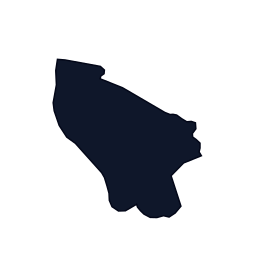 map outline of Gulu (Natural Earth projection), rotated 325°
{"feature_id": "UGA-3098", "entity_name": "Gulu", "entity_type": "County", "adm_level": 1, "iso_a3": "UGA", "parent_name": "Uganda", "parent_adm1": "", "projection": "natural_earth1", "projection_center": [32.435, 2.878], "detail": "fine", "context": "isolated", "style": "filled", "palette": "ink", "viewbox_px": 256, "rotation_deg": 325, "n_neighbors": 0, "source": "natural_earth", "source_scale": "10m", "svg_char_len": 762}
<svg xmlns="http://www.w3.org/2000/svg" viewBox="0 0 256 256"><g transform="rotate(325 128 128)"><path d="M141.9,67.0L139.5,69.8L135.5,69.8L133.4,71.7L146.6,91.9L167.1,136.4L170.2,141.1L172.7,142.6L175.3,145.3L177.3,151.2L179.7,156.6L183.6,158.9L186.2,162.4L183.1,167.6L177.6,169.4L175.8,172.4L177.2,176.5L178.3,181.7L175.5,185.7L172.5,188.4L172.2,192.8L153.5,188.5L135.9,191.8L126.5,222.4L117.9,224.7L110.6,224.5L106.8,220.2L100.3,217.9L94.9,213.9L91.7,207.7L90.8,203.0L90.4,198.3L91.3,195.4L78.4,194.3L72.6,190.5L69.8,183.3L71.2,176.6L75.0,170.6L77.7,163.1L80.3,155.1L80.8,149.5L76.1,110.3L72.6,100.3L73.1,86.5L77.4,71.6L81.2,64.4L94.1,51.6L101.8,39.5L109.6,31.3L115.5,36.2L140.7,61.7L141.9,67.0Z" fill="#0f172a" stroke="#020617" stroke-width="1.5"/></g></svg>